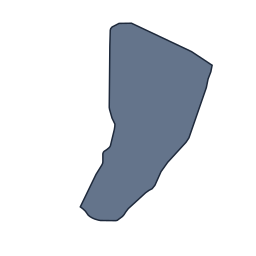 the Province of Pathum Thani, rotated 296°
{"feature_id": "THA-413", "entity_name": "Pathum Thani", "entity_type": "Province", "adm_level": 1, "iso_a3": "THA", "parent_name": "Thailand", "parent_adm1": "", "projection": "orthographic", "projection_center": [100.58, 14.09], "detail": "fine", "context": "isolated", "style": "filled", "palette": "slate", "viewbox_px": 256, "rotation_deg": 296, "n_neighbors": 0, "source": "natural_earth", "source_scale": "10m", "svg_char_len": 773}
<svg xmlns="http://www.w3.org/2000/svg" viewBox="0 0 256 256"><g transform="rotate(296 128 128)"><path d="M209.7,68.9L211.8,69.4L218.1,74.1L223.7,85.2L224.5,151.7L221.5,174.2L221.3,176.1L214.9,177.8L207.1,178.5L198.6,180.7L145.8,187.1L140.6,186.4L114.6,178.7L103.3,176.8L88.4,177.3L84.0,176.3L81.2,174.2L77.5,172.2L55.7,163.6L51.7,162.8L48.3,162.4L46.1,161.8L40.3,158.8L39.4,157.7L32.8,143.8L32.2,141.6L31.6,137.9L31.5,135.3L31.7,132.7L32.2,130.5L34.6,126.1L35.6,122.8L36.2,119.7L72.4,119.6L83.2,120.7L85.1,120.7L86.7,120.2L93.8,116.7L95.4,116.5L96.6,116.8L99.3,118.4L101.7,119.5L102.9,119.9L104.2,120.0L120.6,116.4L123.8,115.4L125.8,114.5L129.9,109.3L136.6,103.3L138.3,102.1L193.8,75.7L208.1,69.2L209.7,68.9Z" fill="#64748b" stroke="#1e293b" stroke-width="1.5"/></g></svg>